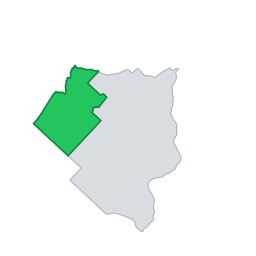 where North-West sits in Botswana, rotated 313°
{"feature_id": "BWA-2629", "entity_name": "North-West", "entity_type": "District", "adm_level": 1, "iso_a3": "BWA", "parent_name": "Botswana", "parent_adm1": "", "projection": "mercator", "projection_center": [23.629, -19.391], "detail": "fine", "context": "in_parent", "style": "filled", "palette": "green", "viewbox_px": 256, "rotation_deg": 313, "n_neighbors": 0, "source": "natural_earth", "source_scale": "10m", "svg_char_len": 5504}
<svg xmlns="http://www.w3.org/2000/svg" viewBox="0 0 256 256"><g transform="rotate(313 128 128)"><path d="M137.7,46.8L137.4,47.6L137.2,48.9L137.5,49.8L138.1,51.1L139.1,52.2L139.8,52.8L140.7,54.5L141.6,56.5L142.7,58.1L146.1,61.7L146.5,63.0L146.9,64.3L149.0,66.8L149.4,67.6L149.2,69.3L151.4,74.4L152.8,77.3L154.0,77.9L157.9,81.0L161.3,83.6L165.2,85.3L168.1,86.4L169.6,87.2L170.3,88.0L170.9,89.5L171.2,92.2L171.3,93.9L174.4,93.8L177.0,94.0L177.9,94.3L178.2,94.8L178.1,96.0L178.2,97.7L178.3,99.0L178.0,100.5L177.8,102.2L177.7,104.3L178.1,105.1L180.6,107.8L181.7,109.5L182.8,112.2L183.4,113.0L184.0,113.4L186.2,113.6L192.0,114.8L195.6,115.8L198.5,116.8L199.6,117.1L200.2,117.3L200.4,117.6L200.1,119.9L200.2,120.6L200.5,121.3L201.0,121.8L201.6,122.2L203.7,122.4L205.0,123.8L205.8,124.5L201.9,124.8L200.0,126.0L198.9,128.1L197.1,129.6L194.7,130.6L192.2,131.2L189.5,131.6L186.7,133.4L183.7,136.7L182.1,138.7L182.1,139.5L181.4,140.3L180.1,140.9L179.4,141.6L179.2,142.5L178.5,142.9L177.3,142.9L176.4,143.5L176.0,144.8L174.9,145.6L173.2,145.9L171.8,146.6L170.6,147.8L169.7,148.4L169.0,148.4L168.0,149.4L166.4,151.7L166.1,152.7L163.9,161.4L162.7,162.4L160.3,164.2L158.4,166.4L157.5,167.6L156.6,168.2L152.2,169.2L150.6,169.8L148.6,170.6L148.1,171.4L147.6,174.1L146.2,177.9L145.1,180.8L144.4,183.3L143.1,186.4L142.0,187.4L140.8,188.3L139.2,188.8L137.0,189.1L135.0,189.0L133.4,189.1L131.3,190.2L129.3,190.2L126.1,189.6L123.5,189.0L122.4,188.9L120.1,186.8L118.6,186.9L116.4,186.7L115.1,186.3L113.9,185.2L111.4,183.2L108.9,181.5L106.7,180.6L104.7,180.1L102.8,180.5L101.2,181.0L100.7,181.2L99.5,182.0L98.3,183.6L97.3,186.2L96.9,187.7L95.8,191.0L94.3,194.9L93.6,196.1L92.8,196.9L91.5,197.7L87.3,200.8L85.2,204.3L83.9,205.4L82.3,205.9L80.9,206.2L80.2,206.8L79.4,208.6L78.6,209.2L77.8,209.4L75.4,209.2L74.7,209.0L68.3,209.4L66.4,208.8L65.0,208.6L62.8,209.3L61.9,208.8L61.2,207.3L60.8,204.4L60.9,201.8L62.1,199.9L63.1,198.5L64.1,196.7L64.2,195.8L64.0,195.1L63.8,193.6L63.7,192.1L62.3,188.7L60.6,184.2L58.4,179.3L57.7,177.9L56.3,175.8L51.0,171.7L50.2,171.2L50.2,170.7L50.2,166.8L50.2,161.5L50.2,156.3L50.2,151.1L50.2,146.0L50.2,140.8L50.2,135.6L50.2,130.5L50.2,125.3L50.2,121.0L53.9,121.0L58.6,121.0L64.2,121.0L66.6,121.0L66.8,120.3L66.8,117.1L66.8,109.8L66.8,102.6L66.7,95.4L66.7,88.1L66.7,80.9L66.7,73.8L66.7,66.6L66.7,59.5L66.7,55.9L71.0,55.7L75.9,55.0L83.9,53.8L91.3,52.4L96.2,51.5L101.9,50.5L103.9,50.4L104.5,50.5L105.2,50.8L107.9,54.4L109.6,57.1L109.9,58.3L110.2,58.4L111.0,58.2L111.9,57.8L114.6,55.1L115.2,54.4L116.9,53.1L119.0,51.7L120.9,50.8L122.8,50.0L123.7,50.2L124.7,50.9L125.7,51.3L130.0,48.0L131.9,47.3L137.0,46.7L137.7,46.8Z" fill="#d9dde1" stroke="#a8b0b8" stroke-width="1"/><path d="M137.8,46.8L137.1,48.3L137.1,48.8L137.2,49.2L137.7,50.4L138.4,51.6L138.8,52.1L139.4,52.4L139.9,52.8L140.2,53.4L140.8,54.8L141.3,55.7L141.4,56.0L141.6,56.8L141.7,57.0L141.9,57.3L143.0,58.5L143.5,58.9L143.8,59.1L144.6,60.3L145.0,60.7L145.7,61.0L146.1,61.4L146.3,62.0L146.4,63.3L147.0,64.6L149.1,66.5L149.5,67.9L133.5,67.9L133.3,67.9L133.3,85.4L133.4,85.5L136.1,86.6L136.3,86.9L136.1,91.0L136.1,91.3L135.9,91.5L125.2,92.4L124.8,92.3L124.5,92.3L123.9,92.5L123.5,92.6L123.1,92.4L122.9,92.1L122.4,91.4L121.8,90.9L121.5,90.6L121.1,89.7L120.9,89.7L120.7,89.9L120.3,89.7L119.9,89.3L119.7,89.1L119.3,89.0L119.2,89.1L118.9,89.2L118.3,89.3L118.1,89.4L117.8,89.6L117.7,89.7L117.5,89.8L117.3,89.8L117.2,89.9L116.8,90.4L116.8,90.5L116.8,90.8L115.8,91.0L115.6,91.0L115.4,91.0L114.9,90.7L114.9,91.0L114.9,103.2L67.1,103.2L66.8,103.2L66.8,101.0L66.8,98.7L66.8,96.5L66.8,94.3L66.8,92.1L66.8,91.7L66.8,89.9L66.8,87.7L66.8,85.5L66.8,83.3L66.7,81.1L66.7,78.9L66.7,76.7L66.7,74.5L66.7,72.3L66.7,70.9L66.7,70.1L66.7,67.9L66.7,67.2L66.7,66.4L66.7,65.7L66.7,65.0L66.7,64.3L66.7,63.6L66.7,62.9L66.7,62.2L66.7,61.4L66.7,60.7L66.7,60.0L66.7,59.3L66.7,58.6L66.7,57.9L66.7,57.2L66.7,56.4L66.7,55.9L67.0,55.9L67.5,55.9L68.5,55.9L69.4,55.8L70.3,55.8L71.3,55.8L72.0,55.7L72.8,55.7L73.6,55.7L74.4,55.6L74.7,55.6L75.0,55.6L75.3,55.5L75.6,55.5L75.9,55.4L76.1,55.4L77.5,55.1L78.9,54.8L80.3,54.6L81.7,54.3L83.1,54.0L84.5,53.7L85.9,53.5L87.3,53.2L88.7,52.9L90.1,52.6L91.5,52.4L92.9,52.1L94.3,51.8L95.7,51.5L97.1,51.3L98.5,51.0L100.0,50.7L101.9,50.5L103.4,50.4L104.5,50.3L105.1,50.4L105.4,50.5L105.5,50.5L105.5,50.9L105.5,51.0L105.8,51.1L105.8,51.5L105.9,51.8L106.1,52.0L106.2,52.4L106.8,53.0L106.9,53.3L106.8,53.6L106.9,53.8L107.1,53.8L107.4,53.7L107.7,53.9L107.9,54.2L108.0,54.3L108.4,54.4L108.6,54.5L108.8,54.9L108.9,55.1L109.0,55.2L108.9,55.5L109.4,56.1L109.6,56.5L109.4,56.8L109.5,57.1L109.8,57.8L109.9,58.5L110.1,58.7L110.4,58.7L111.0,58.5L111.2,58.4L111.6,57.9L111.9,57.8L112.2,57.7L113.7,56.0L114.0,55.9L114.2,55.7L114.5,55.3L114.7,55.1L115.2,54.7L115.4,54.5L115.5,53.9L116.1,53.5L116.3,53.5L116.5,53.5L116.5,53.4L116.7,53.2L117.2,53.0L117.3,52.9L117.8,52.4L118.0,52.4L118.6,52.3L119.1,51.9L119.9,50.9L120.5,50.6L120.8,50.5L121.2,50.6L121.3,50.6L121.6,50.8L121.8,50.8L121.9,50.7L122.4,49.9L122.7,49.6L122.9,49.5L123.5,49.5L123.9,49.6L124.1,49.8L124.4,50.4L124.5,50.5L124.7,50.9L125.3,51.4L125.5,51.4L126.2,51.3L126.4,51.3L126.5,51.1L126.7,50.9L126.8,50.7L127.6,49.7L127.9,49.5L128.5,49.1L128.9,48.6L129.0,48.5L129.1,48.4L129.3,48.4L129.5,48.3L129.7,48.0L129.8,48.0L130.1,47.9L130.5,47.6L130.8,47.5L131.1,47.5L132.3,47.1L132.5,46.9L132.7,46.7L132.9,46.7L132.8,46.9L132.9,47.0L133.0,47.2L133.4,47.1L133.6,47.3L133.8,47.3L134.2,47.0L134.4,47.4L134.9,47.4L135.5,47.1L136.0,46.6L136.7,46.6L137.8,46.8Z" fill="#22c55e" stroke="#15803d" stroke-width="1.5"/></g></svg>